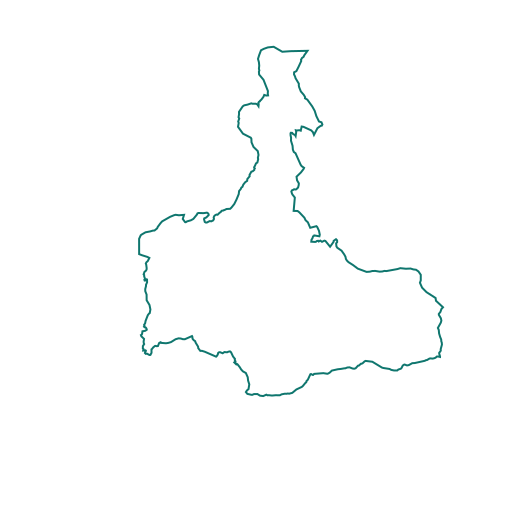 the district of Albac, Alba, Romania, rotated 61°
{"feature_id": "2599482B24206442274336", "entity_name": "Albac", "entity_type": "district", "adm_level": 2, "iso_a3": "ROU", "parent_name": "Romania", "parent_adm1": "Alba", "projection": "mercator", "projection_center": [22.961, 46.463], "detail": "fine", "context": "isolated", "style": "outline", "palette": "teal", "viewbox_px": 512, "rotation_deg": 61, "n_neighbors": 0, "source": "geoboundaries", "source_scale": "gbopen_adm2", "svg_char_len": 6151}
<svg xmlns="http://www.w3.org/2000/svg" viewBox="0 0 512 512"><g transform="rotate(61 256 256)"><path d="M370.1,330.8L372.4,330.4L375.1,327.4L375.6,326.6L375.8,324.7L377.4,321.7L380.1,320.2L382.0,317.6L382.3,314.2L383.4,313.5L384.0,312.2L385.8,309.7L387.3,306.3L389.4,302.6L389.4,300.7L390.4,297.6L391.3,296.1L391.7,294.8L392.5,293.8L393.3,290.6L392.3,285.4L392.7,279.4L392.4,278.0L391.0,274.5L390.8,273.3L389.9,272.5L389.3,270.6L385.8,265.8L385.9,265.1L387.5,264.1L387.7,263.8L387.3,262.3L391.1,253.9L393.6,250.7L393.8,249.6L393.7,247.9L393.0,245.2L394.7,239.4L396.0,236.3L397.0,233.4L397.5,232.5L397.8,230.2L398.7,228.2L401.2,226.1L402.2,224.8L402.5,223.3L401.4,220.0L401.7,219.1L401.1,216.4L401.4,215.9L401.5,214.8L400.8,212.1L400.9,211.0L404.9,205.5L414.7,199.9L415.7,198.9L419.6,193.9L421.2,192.9L423.1,190.7L424.6,187.9L424.3,186.6L424.8,184.0L424.5,183.0L423.0,180.8L422.8,179.5L423.0,178.6L424.8,177.1L425.2,176.3L425.5,175.1L425.5,171.3L426.6,169.0L429.2,160.2L429.5,159.1L429.5,157.9L429.9,156.8L429.8,154.2L430.0,153.3L431.4,151.2L431.8,149.8L432.0,148.3L431.6,146.5L432.3,145.3L433.5,144.0L433.0,143.7L430.2,143.1L429.4,142.6L428.7,140.8L428.1,140.1L427.1,139.7L423.6,136.3L421.8,135.5L420.5,135.3L418.8,134.5L416.1,134.2L412.5,133.4L409.3,132.0L407.1,131.8L403.9,126.7L402.4,125.2L400.1,124.5L396.1,124.6L395.3,124.2L394.3,121.8L392.3,119.6L391.5,117.3L382.4,120.3L379.8,119.3L370.3,124.4L364.2,126.1L358.9,125.6L357.2,123.7L352.3,121.0L348.3,121.4L345.6,122.7L344.0,124.9L341.9,126.9L339.8,131.1L336.6,135.7L336.0,138.6L332.4,149.3L331.3,150.9L330.8,153.0L329.6,155.5L326.9,158.9L325.5,161.6L324.9,164.0L323.5,167.0L316.4,173.1L311.0,175.5L306.2,178.1L304.1,178.7L302.2,178.8L300.0,178.1L297.3,178.1L292.8,178.6L288.2,180.9L286.6,181.0L283.8,179.8L283.2,178.3L282.3,177.8L281.6,177.5L280.1,177.9L280.4,180.7L281.3,181.4L283.8,186.7L276.5,188.0L275.7,188.8L275.6,191.4L273.7,192.3L273.7,194.1L272.8,194.3L272.4,195.5L272.6,196.6L272.4,197.4L270.3,200.7L268.7,199.6L267.9,198.1L266.5,196.6L266.5,195.2L266.3,195.0L269.5,191.0L268.3,189.9L264.5,188.7L260.3,188.4L259.2,188.7L257.6,194.9L251.7,194.3L248.7,195.3L246.0,195.1L238.9,196.9L236.8,197.8L234.8,201.2L223.7,193.7L220.1,194.3L218.9,194.3L216.7,193.8L216.0,192.6L216.2,191.4L216.1,190.3L216.9,189.4L217.2,188.5L216.5,186.0L214.6,184.2L213.2,183.3L209.7,183.4L206.3,182.1L204.7,176.2L203.0,172.3L202.2,171.2L199.6,172.5L197.8,172.7L185.3,171.6L183.3,172.5L180.9,172.2L177.3,170.6L172.1,169.5L169.6,168.0L167.1,167.2L165.4,166.3L165.1,165.8L165.8,164.7L167.1,164.5L169.3,163.2L170.3,163.2L167.0,160.7L165.4,160.2L165.9,159.7L167.0,157.1L168.1,156.1L164.9,153.3L166.1,151.8L172.9,146.8L175.3,146.2L178.2,146.6L174.0,140.3L173.5,136.3L173.9,135.3L173.2,134.2L170.8,133.9L168.9,135.7L163.0,135.4L157.5,134.3L152.4,134.3L144.1,135.3L141.8,136.7L140.8,136.0L138.1,136.1L133.8,137.0L129.2,136.4L127.6,135.9L126.1,135.0L119.6,135.2L117.9,134.8L115.6,134.7L113.8,133.6L113.9,131.1L111.2,127.1L107.4,121.9L106.2,121.5L105.1,119.7L104.9,117.9L103.8,116.4L101.5,111.5L93.6,126.5L90.1,134.0L81.6,139.1L79.3,144.5L78.6,148.7L78.5,151.9L81.8,155.8L84.6,158.7L87.9,159.5L91.1,160.9L93.7,162.7L95.3,163.1L96.2,164.1L98.8,165.3L105.5,164.0L117.5,165.6L119.7,167.0L121.4,167.6L120.6,169.3L119.1,170.7L120.4,172.3L121.9,175.7L122.2,177.2L122.6,177.6L122.6,178.6L123.0,179.5L124.8,180.2L126.2,181.2L123.9,181.4L122.7,182.4L121.0,185.4L120.2,186.1L119.5,190.0L118.5,193.3L118.7,195.1L121.7,201.0L123.8,202.1L126.2,204.0L127.6,204.0L129.8,206.4L131.2,206.6L134.3,209.1L142.7,208.1L150.0,203.2L151.2,203.2L154.4,204.8L159.4,205.3L165.1,203.6L168.8,204.8L171.1,206.8L172.3,207.1L174.9,209.5L175.0,211.1L176.7,213.3L177.1,214.1L177.6,214.7L178.8,214.6L179.1,215.3L179.9,215.8L180.3,217.8L180.0,219.2L182.0,222.4L183.2,222.9L184.5,226.3L186.0,227.3L186.2,229.6L187.4,232.5L188.9,234.3L189.1,235.7L190.0,236.8L191.0,239.3L193.5,241.1L197.1,245.6L200.0,249.8L201.7,253.9L202.2,255.7L200.6,259.0L200.5,261.4L200.3,261.9L200.4,262.4L199.8,264.1L200.5,265.7L200.5,266.8L201.3,269.6L200.6,270.4L200.5,271.7L200.8,273.1L201.7,274.3L203.2,274.8L204.1,276.2L204.0,278.3L203.0,279.6L202.9,282.8L202.4,283.7L201.4,284.3L198.6,283.6L198.0,283.0L198.2,280.8L197.3,277.6L196.5,277.2L195.3,277.3L194.3,277.9L193.1,281.1L190.4,285.6L190.4,286.7L191.0,287.3L193.2,292.8L193.2,295.7L192.3,299.5L192.4,301.1L192.0,301.6L188.1,302.1L185.1,299.0L183.0,303.7L181.0,306.3L180.6,307.8L180.1,312.1L180.2,321.3L181.0,323.6L182.9,327.8L183.9,329.1L184.5,332.4L183.8,333.9L183.2,336.6L181.7,341.2L181.8,345.8L182.0,346.8L184.3,349.9L197.7,357.3L200.1,355.3L204.2,351.4L206.0,350.2L208.0,353.2L208.3,354.7L209.1,356.0L210.3,356.2L213.6,357.5L214.8,358.3L215.5,359.4L215.8,361.2L217.6,363.2L218.3,363.0L219.7,363.7L221.7,364.0L222.4,364.3L222.6,365.1L223.4,365.3L223.7,365.1L223.8,364.2L223.4,362.9L223.7,362.7L226.2,364.0L227.9,366.2L229.0,366.8L231.2,368.9L233.1,369.9L236.7,370.4L241.7,373.1L247.2,372.9L251.6,374.3L254.4,376.6L254.5,377.5L255.3,379.3L259.2,384.0L261.1,385.6L262.0,387.3L263.1,387.4L263.5,388.2L264.4,387.9L265.0,387.2L265.8,387.0L267.2,387.1L267.6,387.4L267.7,389.2L266.8,391.8L268.9,393.4L269.4,394.3L269.4,395.0L270.7,395.2L274.2,394.1L276.4,395.8L277.7,396.4L278.8,396.5L279.9,398.6L282.0,399.8L282.9,399.5L284.0,400.5L284.9,398.4L285.4,398.2L285.7,398.4L285.9,399.1L287.0,400.2L288.2,399.8L288.4,398.8L290.9,397.2L291.3,396.3L290.0,394.3L287.0,392.7L286.9,392.0L286.1,390.2L285.7,387.9L286.0,387.3L286.8,386.5L287.2,385.4L285.2,383.0L285.1,382.1L285.2,381.3L285.8,381.4L288.7,377.0L289.5,374.8L290.1,372.1L289.8,366.7L290.5,363.6L291.7,361.8L293.3,360.3L294.3,358.6L295.0,350.8L295.7,350.8L297.6,351.6L299.4,351.3L301.0,350.5L302.5,350.8L307.2,350.6L308.6,351.2L312.0,350.7L312.7,349.3L314.9,347.2L324.7,339.7L324.6,339.1L323.7,337.3L322.4,336.0L322.3,335.0L322.7,334.1L324.9,332.3L324.7,330.2L326.2,328.0L326.3,326.6L326.8,325.0L328.1,324.5L332.8,324.8L335.8,324.3L336.6,325.0L338.1,325.0L338.5,326.6L340.9,325.9L340.5,325.4L341.7,324.7L345.4,324.1L348.0,324.0L350.5,323.4L353.4,321.6L358.0,322.0L361.1,323.3L365.0,324.1L368.8,327.1L369.2,329.1L370.1,330.8Z" fill="none" stroke="#0f766e" stroke-width="2"/></g></svg>